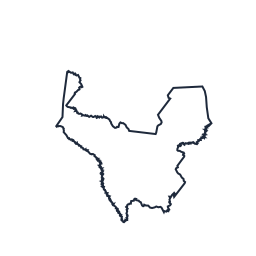 outline of Borba, Amazonas, Brazil, rotated 127°
{"feature_id": "56859067B43884910797312", "entity_name": "Borba", "entity_type": "district", "adm_level": 2, "iso_a3": "BRA", "parent_name": "Brazil", "parent_adm1": "Amazonas", "projection": "robinson", "projection_center": [-59.228, -5.33], "detail": "fine", "context": "isolated", "style": "outline", "palette": "slate", "viewbox_px": 256, "rotation_deg": 127, "n_neighbors": 0, "source": "geoboundaries", "source_scale": "gbopen_adm2", "svg_char_len": 5877}
<svg xmlns="http://www.w3.org/2000/svg" viewBox="0 0 256 256"><g transform="rotate(127 128 128)"><path d="M169.7,186.4L169.8,186.0L169.5,186.0L169.0,184.9L168.4,184.8L167.1,183.1L166.5,180.7L167.2,179.0L167.5,179.1L168.7,177.6L170.0,176.9L170.8,172.9L172.2,169.8L171.6,169.0L172.3,168.2L171.6,167.0L171.8,166.3L170.9,166.0L170.6,164.6L170.9,164.5L170.9,164.0L171.4,164.0L171.0,163.3L171.5,161.6L171.2,161.4L171.7,160.9L171.4,160.4L171.9,160.0L171.6,159.4L171.5,159.8L170.7,159.7L171.0,159.4L171.0,157.7L171.2,157.9L170.9,157.0L171.1,156.7L171.4,157.1L171.7,156.6L170.9,155.1L171.2,154.5L170.9,154.2L171.7,153.6L171.1,152.3L171.4,150.9L171.8,150.7L171.3,149.5L170.9,149.3L171.0,148.8L170.6,148.8L171.0,148.3L170.6,147.8L170.9,147.6L170.8,147.2L170.5,147.3L170.1,146.8L170.7,146.7L170.5,146.4L170.9,146.0L170.8,145.2L171.4,143.0L171.1,141.8L170.7,141.4L170.8,141.1L169.9,140.4L169.7,138.2L170.7,137.7L170.5,136.3L170.9,135.7L170.6,134.9L171.0,134.2L170.7,133.7L171.4,133.9L171.3,133.2L172.0,133.3L172.2,132.6L171.6,132.5L171.3,131.9L171.9,131.9L171.8,131.1L172.2,130.5L171.5,130.1L172.0,129.8L172.1,128.9L171.8,128.6L172.1,128.2L172.5,129.1L172.7,128.6L173.4,128.6L173.8,127.9L174.3,128.0L174.1,128.4L174.9,128.0L175.4,128.5L175.5,127.8L176.4,127.2L176.4,126.7L175.5,126.8L175.3,126.3L176.5,125.3L175.8,124.4L176.7,124.5L177.3,124.0L177.0,122.8L177.7,123.0L178.0,121.9L179.6,122.5L179.6,121.0L181.0,121.9L181.1,121.2L180.6,120.3L180.2,120.5L180.2,120.0L181.8,120.0L182.4,119.4L183.0,119.4L183.1,118.5L183.9,118.3L183.9,117.8L183.2,117.3L183.3,117.0L184.7,116.6L185.1,117.5L185.8,116.7L186.5,117.2L186.3,116.1L186.8,115.4L187.5,116.0L188.2,115.6L187.7,115.1L187.2,115.2L187.3,114.5L188.6,114.6L188.3,114.0L188.8,113.4L190.2,113.6L189.5,111.8L190.0,111.7L190.5,112.3L190.6,111.1L191.6,110.3L191.3,109.2L191.8,108.9L191.9,107.6L193.3,107.0L192.3,105.2L193.9,104.9L193.8,103.5L194.4,104.1L194.8,103.6L193.7,101.6L194.3,101.6L194.5,101.2L195.1,101.2L195.6,100.7L195.4,99.6L195.8,98.9L196.2,100.0L196.5,99.6L197.1,97.1L196.9,95.8L197.4,94.8L198.1,94.9L198.4,94.2L197.9,94.2L198.1,93.8L197.6,93.6L198.5,93.4L198.3,90.5L198.8,89.6L199.4,89.4L198.7,88.2L198.7,87.5L199.0,87.2L200.3,87.5L200.8,87.0L200.1,85.9L200.1,84.7L200.9,84.2L201.5,84.8L201.7,84.5L201.1,82.8L201.7,82.4L201.6,81.3L202.7,81.8L203.0,81.3L202.6,79.4L204.1,78.7L204.2,78.2L205.4,78.0L205.6,77.2L205.1,76.8L205.9,75.1L205.6,74.5L204.2,74.3L203.9,74.6L203.2,74.1L202.8,74.7L202.0,73.4L201.4,74.1L200.9,73.9L200.5,74.4L200.5,75.2L199.1,75.1L198.4,76.2L197.9,76.0L197.2,77.8L194.9,78.6L194.1,79.9L192.7,79.7L192.2,82.0L191.3,81.9L191.1,81.5L190.0,82.2L189.1,82.1L188.3,81.3L187.6,81.4L186.7,80.2L184.5,81.5L182.5,79.6L181.1,80.2L180.2,79.9L179.9,79.2L180.5,79.3L180.7,78.1L179.6,75.7L179.9,74.5L179.6,73.1L181.4,70.1L181.4,68.9L181.0,68.5L179.5,68.9L179.2,67.2L177.8,65.1L178.3,62.5L177.4,60.6L175.3,58.9L173.7,58.2L173.0,56.0L171.5,54.7L171.4,53.4L173.6,48.7L172.5,49.0L171.7,47.1L170.1,47.1L170.4,46.1L170.2,45.7L169.3,46.1L168.4,45.9L167.4,48.3L166.7,49.0L164.3,47.8L163.0,48.0L162.6,50.3L162.1,50.6L161.5,50.2L160.2,51.8L158.6,52.1L157.9,53.6L156.9,52.2L154.9,52.5L152.8,52.2L152.8,51.6L152.1,51.8L152.2,51.4L154.1,50.9L155.2,49.7L138.0,49.5L136.8,49.9L136.7,51.6L135.2,53.1L135.2,55.2L133.8,58.3L134.1,60.5L133.8,61.9L132.2,65.1L131.0,65.3L129.4,64.5L128.5,65.8L117.0,65.9L116.4,66.3L116.1,66.6L116.4,67.9L115.1,68.4L114.5,68.0L114.1,68.7L115.0,71.2L115.1,72.9L116.1,74.3L116.0,75.3L114.7,76.1L113.1,76.4L112.1,77.5L110.9,76.9L111.2,75.5L110.9,75.2L109.8,75.3L109.1,76.8L107.2,75.6L107.4,75.2L106.8,74.8L107.5,74.1L107.4,72.8L106.2,73.1L105.3,72.7L105.1,71.7L104.1,71.1L104.4,70.2L103.1,69.2L102.9,69.4L103.3,70.3L102.9,70.4L102.3,69.6L102.4,68.7L101.8,68.9L101.2,68.0L100.7,67.9L100.6,67.1L100.0,67.0L100.4,65.4L99.4,63.2L98.5,63.2L98.8,64.0L98.0,64.6L95.6,64.0L95.3,64.5L94.8,64.0L94.5,64.2L95.0,63.6L94.4,63.6L93.8,62.7L93.0,63.7L92.1,63.2L91.5,63.7L91.1,63.1L91.3,62.6L90.2,61.9L90.2,61.3L89.6,61.7L89.3,61.3L89.3,62.3L88.9,61.8L88.5,62.6L88.3,61.9L87.9,62.2L87.9,63.4L86.7,62.3L86.8,63.2L86.1,62.6L85.1,64.1L84.7,64.2L84.7,63.8L84.2,63.7L83.9,64.4L83.2,63.7L82.8,64.2L82.9,65.2L82.3,64.4L82.1,65.2L81.5,65.3L81.4,65.9L80.6,65.5L80.4,66.1L80.1,65.5L79.7,66.4L78.9,65.7L79.3,65.3L78.6,64.9L79.0,64.4L78.2,65.1L76.2,64.8L76.5,65.3L75.8,65.0L76.3,64.5L74.0,64.2L71.9,69.7L64.0,77.6L56.3,84.3L52.3,88.9L50.1,93.6L68.7,115.9L77.9,115.9L79.5,113.7L79.1,112.0L99.4,112.0L101.1,109.1L102.3,105.6L103.3,104.5L105.1,104.2L107.7,105.4L109.0,105.5L114.7,102.7L116.2,102.3L129.6,125.3L128.5,127.1L128.3,129.4L127.0,131.9L127.0,134.8L127.8,135.7L128.1,137.4L129.7,137.5L132.9,136.2L133.7,137.5L134.5,137.4L135.7,138.4L135.7,141.1L134.5,144.2L133.6,145.0L133.2,146.6L132.4,148.0L132.5,151.3L132.9,151.1L133.2,151.5L132.9,152.7L133.1,153.2L133.7,153.4L133.4,154.1L133.9,153.8L134.9,155.0L135.3,155.0L135.0,156.5L135.8,156.8L136.2,157.8L136.9,157.5L137.0,159.3L138.2,158.8L138.7,159.1L137.9,160.1L138.3,160.5L138.2,161.4L139.9,162.1L140.4,162.8L140.4,164.9L142.5,165.7L142.4,167.9L143.1,168.0L143.7,169.3L143.6,169.7L143.1,169.4L143.1,169.7L144.2,170.1L144.6,171.3L145.6,172.1L144.9,172.3L144.8,173.1L145.0,174.6L145.6,174.9L146.4,176.2L145.9,177.4L146.4,177.7L145.2,179.5L146.2,180.4L144.7,180.6L143.9,182.0L144.1,182.5L144.7,182.1L145.4,182.7L145.2,183.8L144.8,184.1L145.7,184.6L145.6,185.1L146.4,186.0L146.2,186.4L147.4,188.8L147.4,190.0L147.1,190.9L132.7,190.8L132.4,191.5L131.6,191.7L130.2,191.0L127.6,190.7L126.6,190.0L125.9,190.1L125.2,191.3L124.3,191.2L123.4,190.7L123.3,189.5L122.6,189.2L121.1,191.8L120.6,194.4L118.5,194.6L118.3,195.3L116.8,196.1L117.1,197.0L115.7,199.8L117.0,200.7L117.2,202.0L116.5,202.3L116.3,203.1L117.7,203.7L116.9,205.6L118.2,206.7L118.3,209.4L119.1,209.1L119.4,209.3L119.3,210.2L119.8,210.3L142.9,197.3L148.1,194.2L158.7,186.9L169.7,186.4Z" fill="none" stroke="#1e293b" stroke-width="2"/></g></svg>